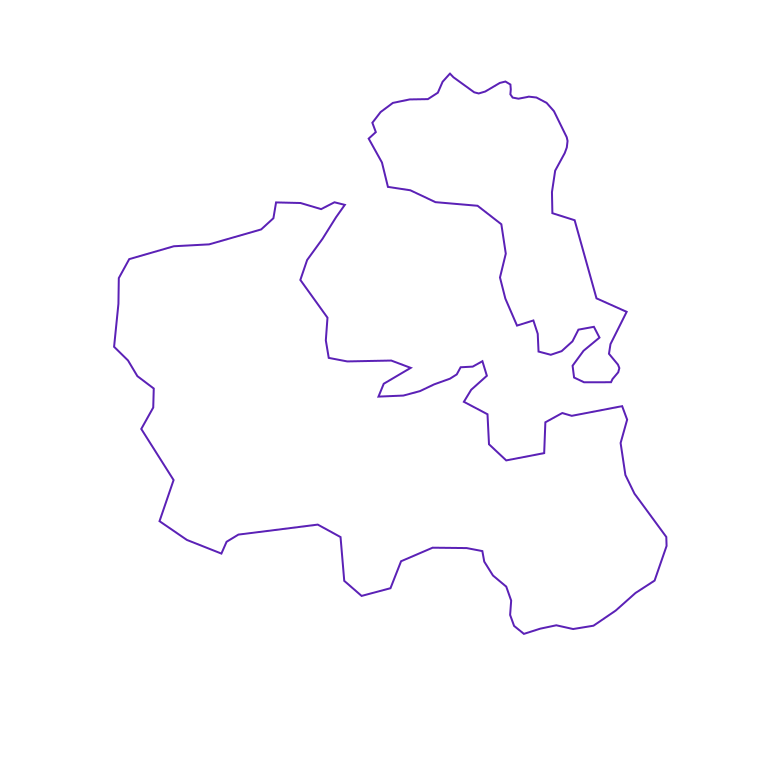 SVG path tracing the border of Csongrád, rotated 256°
{"feature_id": "HUN-3172", "entity_name": "Csongrád", "entity_type": "County", "adm_level": 1, "iso_a3": "HUN", "parent_name": "Hungary", "parent_adm1": "", "projection": "albers", "projection_center": [20.284, 46.456], "detail": "fine", "context": "isolated", "style": "outline", "palette": "violet", "viewbox_px": 768, "rotation_deg": 256, "n_neighbors": 0, "source": "natural_earth", "source_scale": "10m", "svg_char_len": 2014}
<svg xmlns="http://www.w3.org/2000/svg" viewBox="0 0 768 768"><g transform="rotate(256 384 384)"><path d="M167.3,620.9L158.5,619.0L127.8,599.0L120.4,577.5L108.1,554.0L98.8,528.8L100.5,508.2L108.2,492.8L108.8,476.4L107.7,459.3L117.8,451.7L129.4,450.5L143.1,455.0L157.8,453.6L171.8,443.4L187.4,438.3L198.1,439.0L204.8,424.5L213.4,391.6L207.9,357.7L184.3,340.9L183.8,311.0L202.6,297.8L246.0,304.8L263.6,285.7L273.1,206.3L269.0,193.1L258.8,185.2L280.4,155.0L305.2,133.0L341.7,156.6L399.1,137.6L417.0,154.4L435.3,159.5L451.3,146.6L468.8,141.3L485.4,131.1L526.0,145.7L550.9,152.3L566.8,167.0L568.5,213.4L561.8,248.1L563.7,302.2L571.6,316.8L586.3,323.2L579.8,346.8L568.9,365.3L572.3,379.9L567.3,389.3L557.5,377.9L539.7,359.4L522.9,339.4L505.2,328.0L462.0,345.2L440.4,338.1L422.7,336.7L414.8,353.8L405.0,396.7L393.2,413.8L384.3,383.8L373.1,375.6L368.1,400.0L368.4,417.2L371.5,432.5L373.2,449.3L375.7,456.9L381.7,462.4L379.4,474.3L382.3,485.0L367.1,485.8L357.3,467.2L347.4,457.2L329.6,477.1L300.1,471.3L280.3,484.1L278.2,522.7L307.8,531.3L312.7,549.9L307.7,558.5L304.9,609.7L290.6,611.3L269.5,599.3L237.3,596.2L217.0,600.5L209.3,603.7L167.3,620.9ZM669.2,523.1L664.8,525.6L645.2,542.1L643.0,546.2L643.3,553.0L648.1,569.2L648.1,575.0L644.0,579.1L639.2,578.3L634.5,576.7L630.8,578.1L628.3,583.5L627.8,592.4L627.8,594.0L625.1,601.2L617.4,609.8L607.6,614.9L579.2,621.0L575.4,620.9L569.3,618.6L564.3,615.2L549.6,601.7L529.6,593.4L509.0,588.7L496.8,608.6L415.7,610.9L395.3,636.9L367.9,613.4L358.9,609.6L346.2,615.7L342.5,616.2L338.7,614.1L333.5,606.9L330.8,604.7L337.3,578.5L344.3,570.0L356.1,571.4L368.0,585.7L376.9,604.3L388.7,601.5L389.7,585.8L379.8,577.2L372.9,564.3L372.0,552.9L378.1,541.8L395.5,545.3L409.5,544.3L408.5,527.2L437.5,522.4L459.3,522.3L481.0,533.7L510.6,536.5L534.3,517.9L548.0,477.9L565.6,456.4L574.3,435.5L599.4,435.6L625.8,428.5L630.4,437.0L640.3,435.9L648.7,446.5L654.6,460.6L653.9,477.8L649.8,495.5L653.6,506.7L663.1,514.0L669.1,522.9L669.2,523.1Z" fill="none" stroke="#5b21b6" stroke-width="2"/></g></svg>